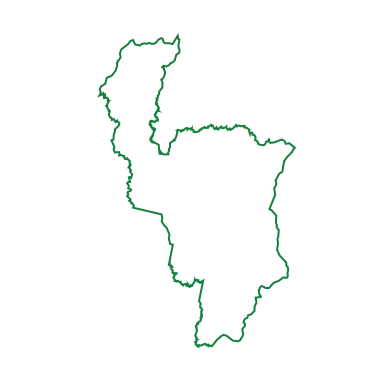 Tarazá, Antioquia, Colombia (Natural Earth projection), rotated 191°
{"feature_id": "7082276B33754043012345", "entity_name": "Tarazá", "entity_type": "district", "adm_level": 2, "iso_a3": "COL", "parent_name": "Colombia", "parent_adm1": "Antioquia", "projection": "natural_earth1", "projection_center": [-75.344, 7.488], "detail": "fine", "context": "isolated", "style": "outline", "palette": "green", "viewbox_px": 384, "rotation_deg": 191, "n_neighbors": 0, "source": "geoboundaries", "source_scale": "gbopen_adm2", "svg_char_len": 6062}
<svg xmlns="http://www.w3.org/2000/svg" viewBox="0 0 384 384"><g transform="rotate(191 192 192)"><path d="M301.3,269.0L298.7,270.8L298.1,271.8L297.6,270.5L296.2,271.4L295.7,269.8L297.2,269.7L296.3,267.5L293.3,268.3L292.0,267.3L292.2,265.7L291.0,265.7L291.7,264.8L291.2,264.3L292.1,261.7L291.7,260.9L292.6,260.0L291.5,259.5L291.1,258.4L289.1,256.6L289.5,256.1L289.0,255.3L288.1,255.4L288.5,252.3L286.9,249.8L285.2,249.4L284.5,247.4L282.7,248.7L280.9,246.5L280.6,246.9L280.0,246.4L279.3,247.6L279.1,247.0L278.7,247.3L276.6,246.0L276.3,245.1L276.7,242.9L279.5,239.0L279.2,237.4L279.7,232.8L279.1,228.5L281.0,227.4L276.6,221.1L277.2,219.2L275.4,216.1L271.4,217.3L270.6,216.1L270.4,214.0L268.9,214.8L266.3,214.0L265.4,214.3L265.2,212.9L264.1,211.7L262.5,212.6L262.4,211.8L261.0,211.9L258.8,210.3L259.2,209.4L258.6,208.8L258.3,206.9L257.8,207.6L257.4,207.1L258.2,206.4L257.8,205.8L258.5,205.4L259.0,203.9L257.8,203.8L257.1,202.1L256.0,201.6L256.6,200.2L254.0,197.6L254.5,194.3L256.0,194.9L256.8,194.4L254.7,190.1L256.4,189.7L257.4,188.2L255.0,185.9L255.3,183.4L252.9,183.2L252.2,182.6L252.6,181.2L254.8,180.1L255.1,178.9L254.1,177.2L254.9,175.5L250.9,173.0L250.9,172.2L251.9,171.4L249.9,170.4L249.5,169.3L248.6,169.7L246.4,167.7L246.8,165.4L217.7,164.2L216.4,161.6L216.0,157.1L212.5,153.5L210.2,152.3L206.9,147.2L205.8,145.3L206.0,142.3L203.7,137.0L200.8,136.5L200.8,116.5L200.2,117.1L200.2,116.3L199.0,116.0L198.9,115.0L198.3,115.6L196.9,114.7L197.6,113.9L197.7,112.3L195.9,111.3L195.8,108.9L191.7,109.2L192.3,108.0L193.7,107.1L193.2,105.9L194.1,104.6L191.8,102.3L192.0,101.4L190.4,101.8L190.3,101.2L189.6,101.2L188.8,102.1L187.2,101.3L186.0,101.7L185.8,100.4L183.0,98.6L182.4,99.9L180.7,100.4L180.3,99.7L179.7,100.6L179.7,100.0L178.4,100.5L178.5,98.8L177.0,99.2L176.4,98.4L175.3,99.3L175.4,99.9L174.7,99.4L174.3,99.7L174.7,100.0L174.1,100.2L172.4,104.7L172.5,106.5L171.9,105.8L171.2,106.7L170.2,106.6L170.3,106.0L169.0,106.5L168.9,105.6L168.0,105.4L168.2,104.8L166.4,104.5L166.2,105.5L164.1,107.2L164.3,86.4L162.0,83.9L162.3,82.3L161.8,80.1L160.5,79.8L160.0,78.1L159.5,77.9L160.2,76.1L159.5,75.1L159.7,72.9L159.4,72.5L158.8,73.0L158.4,71.3L159.4,70.3L159.0,69.7L159.5,69.6L159.0,68.4L159.2,66.7L160.7,65.8L161.2,64.7L160.8,63.8L162.0,63.7L162.1,61.5L162.5,61.3L162.1,60.6L162.7,60.8L161.6,59.8L161.8,59.1L160.7,57.1L161.4,51.5L159.5,49.7L159.9,49.3L159.4,48.0L158.9,48.0L159.4,47.6L159.0,46.8L160.2,45.4L159.3,45.0L159.5,43.5L158.2,43.1L158.2,42.1L156.0,41.3L155.8,43.2L154.1,42.9L150.5,45.4L149.0,45.2L148.8,44.5L148.1,44.2L146.9,45.1L146.3,43.8L145.2,44.8L143.1,44.3L139.3,51.6L135.7,56.2L133.8,57.7L130.9,57.6L123.5,53.9L118.2,54.3L116.7,55.4L114.6,60.7L114.8,62.9L116.0,65.0L116.4,67.4L114.8,69.9L114.6,71.8L115.0,72.9L116.5,73.8L116.5,75.3L115.8,77.5L113.7,79.0L113.4,81.7L110.7,83.1L108.0,87.2L108.7,91.9L107.6,95.7L109.4,100.5L104.4,102.1L104.5,102.8L106.1,104.0L107.7,108.0L107.0,111.1L105.9,112.9L105.0,113.0L101.4,111.8L98.0,112.5L95.4,117.2L93.4,119.3L90.1,121.1L86.1,125.6L82.7,125.8L81.9,127.3L82.8,131.0L82.6,133.0L83.6,136.5L85.3,137.7L86.1,140.8L93.7,146.2L97.5,151.4L97.7,157.8L99.1,162.1L98.8,164.7L99.6,171.3L102.0,173.3L102.5,175.8L103.8,177.9L104.7,184.9L110.3,189.2L112.7,190.0L109.8,205.2L112.0,211.2L110.8,215.2L111.3,218.0L112.2,219.2L109.9,226.6L107.2,229.1L107.5,239.7L105.5,244.2L101.4,250.3L100.8,252.9L99.5,255.0L105.7,258.4L109.2,257.2L110.7,259.5L113.7,260.7L120.9,256.3L124.6,255.2L125.9,256.0L126.5,259.3L126.9,256.5L128.9,255.4L129.2,253.3L130.3,251.7L133.9,251.3L136.4,252.0L136.7,253.4L139.0,254.9L139.9,254.9L140.0,257.7L141.5,259.7L143.5,259.7L144.0,261.6L146.2,261.3L146.2,260.2L147.5,262.5L147.4,263.9L151.0,265.7L152.5,265.2L153.4,265.9L153.2,266.8L156.5,265.9L159.0,266.2L160.6,264.9L161.5,266.0L161.8,264.8L162.8,264.6L163.1,263.2L166.0,260.3L167.1,261.6L168.8,259.8L170.3,261.4L170.7,262.8L171.4,261.6L173.0,261.3L173.5,260.5L174.7,260.5L175.8,261.9L178.1,258.5L178.6,259.3L179.7,258.7L180.3,260.1L181.6,258.1L182.9,259.0L184.1,261.1L184.9,261.3L185.5,260.6L186.2,261.5L188.0,259.7L188.5,258.3L189.1,258.7L189.4,257.9L190.8,257.5L191.9,258.3L193.0,256.9L194.0,256.8L194.7,255.1L195.5,255.2L196.4,254.4L196.2,253.5L196.7,252.9L200.3,251.3L202.0,251.3L202.2,253.0L204.3,253.4L204.4,254.4L204.9,253.4L205.2,254.1L207.3,253.6L208.3,252.3L208.6,253.7L209.9,253.7L212.6,250.5L213.3,251.0L214.4,249.2L215.4,250.2L217.8,250.3L217.8,249.7L218.5,249.4L217.8,248.9L218.1,243.2L218.5,241.5L219.8,239.5L219.1,239.3L223.0,235.9L222.0,231.8L222.9,229.8L222.2,228.4L223.0,226.3L222.4,224.5L227.1,223.4L228.3,224.2L229.3,223.6L230.1,225.0L230.3,223.4L231.2,223.4L233.7,232.0L237.5,233.2L239.6,233.1L239.8,234.1L241.2,233.4L241.6,234.4L242.8,234.9L242.2,235.5L242.7,236.3L241.9,236.4L242.6,238.0L241.6,238.5L241.8,239.8L241.0,240.0L241.2,242.6L240.6,244.8L241.6,245.5L240.3,245.5L240.3,247.0L244.3,247.9L244.5,249.3L245.8,249.3L246.5,250.3L245.8,250.8L246.4,251.2L246.5,253.5L246.0,254.1L245.1,254.2L244.8,253.4L243.8,254.1L242.2,253.4L241.5,253.8L241.0,255.3L239.3,255.6L239.7,256.2L239.3,256.8L240.6,258.4L241.2,259.0L241.8,258.5L243.3,260.6L242.4,261.9L242.6,263.0L242.1,263.1L241.6,265.2L240.4,265.2L241.3,265.7L240.5,266.5L241.3,267.6L240.6,268.2L242.1,270.1L243.9,271.0L244.3,272.5L243.5,272.5L244.2,273.6L244.2,274.7L243.5,275.9L244.7,277.0L243.4,278.6L244.1,279.9L242.9,281.5L243.4,284.1L241.1,288.9L241.9,293.9L243.6,296.4L242.0,298.2L241.1,302.2L241.6,305.3L242.8,306.3L243.1,308.1L245.1,308.9L244.0,310.5L241.0,310.4L238.7,312.2L237.4,314.6L235.6,315.5L234.1,317.9L233.6,323.7L231.1,326.4L231.2,328.4L233.3,332.7L233.4,339.2L234.6,339.6L235.8,342.7L239.2,333.6L243.6,333.6L246.9,332.9L248.6,333.9L250.1,336.8L251.5,337.2L254.4,334.8L255.6,331.9L257.6,330.2L260.7,329.7L262.3,330.2L264.8,328.9L267.7,328.6L269.5,327.7L271.2,325.8L276.0,326.0L279.0,330.0L281.5,328.2L282.8,325.2L288.7,318.4L289.2,314.1L287.8,310.7L289.0,307.4L289.9,306.7L289.6,305.3L290.4,304.2L289.6,302.6L290.0,296.9L293.1,290.7L297.4,287.9L297.9,281.6L301.5,278.2L302.1,275.1L300.4,272.2L301.3,269.0Z" fill="none" stroke="#15803d" stroke-width="2"/></g></svg>